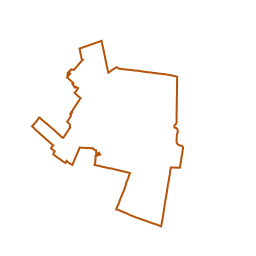 Valea Mare, Olt, Romania, rotated 129°
{"feature_id": "2599482B3118512765099", "entity_name": "Valea Mare", "entity_type": "district", "adm_level": 2, "iso_a3": "ROU", "parent_name": "Romania", "parent_adm1": "Olt", "projection": "robinson", "projection_center": [24.453, 44.454], "detail": "fine", "context": "isolated", "style": "outline", "palette": "amber", "viewbox_px": 256, "rotation_deg": 129, "n_neighbors": 0, "source": "geoboundaries", "source_scale": "gbopen_adm2", "svg_char_len": 5523}
<svg xmlns="http://www.w3.org/2000/svg" viewBox="0 0 256 256"><g transform="rotate(129 128 128)"><path d="M194.4,71.8L193.1,67.6L192.7,66.4L192.5,65.5L192.2,64.8L191.5,62.9L188.3,53.9L187.9,52.8L187.0,50.1L184.8,44.3L184.5,43.1L183.6,40.4L182.1,41.1L180.2,42.2L177.4,43.7L171.1,47.3L168.5,48.9L161.2,53.1L157.3,55.2L146.9,61.3L144.2,62.7L139.8,65.2L139.2,65.5L138.7,65.7L138.1,66.1L137.9,66.2L135.8,67.6L134.6,68.3L131.7,69.8L126.2,62.7L109.1,72.5L108.7,72.8L108.5,73.0L108.2,73.4L108.1,73.8L108.0,74.0L108.0,74.4L108.0,74.5L108.1,75.0L109.2,77.6L109.2,77.9L109.3,78.4L109.3,78.6L109.4,79.1L109.3,79.3L109.3,79.5L109.1,80.0L108.9,80.6L108.7,80.9L108.5,81.2L107.9,81.8L103.8,84.9L103.5,85.1L103.1,85.4L102.6,85.6L101.8,86.0L101.4,86.2L101.0,86.3L100.7,86.4L99.8,86.9L99.5,87.0L99.3,87.2L98.3,88.3L98.0,88.7L97.8,89.0L97.7,89.4L97.6,89.6L97.6,90.0L97.7,90.4L98.2,91.5L98.2,91.9L98.2,92.1L98.2,92.4L98.0,92.7L97.8,92.9L97.7,93.0L97.4,93.2L97.2,93.3L96.9,93.4L96.7,93.4L96.1,93.4L94.7,93.3L94.4,93.3L94.1,93.3L93.9,93.4L93.4,93.6L92.9,93.9L92.5,94.2L91.7,94.9L90.5,95.9L57.3,122.0L57.5,122.6L57.6,123.0L57.9,123.8L59.0,125.7L59.7,127.3L59.9,127.7L60.2,128.4L60.6,128.8L61.4,130.2L62.0,131.4L62.6,132.5L64.1,134.8L64.8,136.0L66.4,138.4L67.7,140.6L69.6,143.6L70.6,145.5L71.2,146.3L71.6,147.1L72.2,147.5L73.0,149.1L73.1,149.4L73.7,150.2L75.1,152.5L75.9,154.0L76.1,154.3L76.8,155.7L77.4,156.5L78.0,157.5L78.8,158.4L80.2,160.8L81.2,162.4L82.6,164.6L83.9,166.5L84.9,167.9L86.2,170.5L86.6,171.0L87.3,171.2L88.0,175.3L97.4,178.1L97.3,178.3L91.1,186.0L90.7,186.4L90.5,186.8L90.4,187.0L90.1,187.3L89.7,187.7L89.3,188.2L89.0,188.6L82.5,196.4L82.0,197.1L79.9,199.8L79.3,200.6L78.6,201.4L77.7,202.5L77.2,203.1L76.9,203.4L88.8,210.7L92.4,213.0L95.0,214.5L96.8,215.7L97.6,214.6L97.8,214.2L98.8,213.1L99.6,212.2L100.5,211.1L100.7,210.9L103.8,207.1L104.1,206.7L104.1,206.3L104.0,206.2L107.2,206.3L108.1,206.4L108.8,206.4L109.0,206.4L115.1,206.5L116.2,206.6L117.0,206.7L117.2,206.8L117.2,207.1L117.3,207.3L117.3,207.5L117.7,208.1L117.9,208.7L119.0,208.8L118.9,209.2L123.2,209.5L123.5,209.2L123.7,208.8L124.1,208.6L124.7,208.6L125.1,208.4L125.1,208.1L124.9,207.9L124.4,207.9L123.6,208.1L123.3,208.2L122.9,208.4L122.6,208.7L122.3,208.8L122.0,208.7L121.9,208.5L121.9,208.3L122.0,208.1L122.2,207.9L122.2,207.7L122.1,207.2L122.7,207.2L124.1,207.2L127.0,207.4L127.2,203.9L127.3,201.4L127.5,198.8L128.1,198.9L128.8,199.0L128.9,198.8L128.9,198.6L128.9,198.0L128.9,197.8L129.0,197.4L129.4,196.7L129.6,196.4L129.7,196.2L129.9,194.7L128.9,194.7L128.7,193.2L128.5,191.9L129.4,191.8L131.2,191.6L132.2,191.6L134.4,191.6L134.7,185.1L134.7,184.3L134.6,183.7L151.8,181.9L150.9,181.4L151.1,181.2L151.3,181.2L152.8,181.1L153.6,181.0L154.0,180.9L154.3,180.5L154.4,180.3L154.4,180.0L155.3,179.9L159.3,179.4L160.5,179.4L161.3,179.2L161.6,178.8L161.5,177.5L161.8,175.7L162.0,175.3L162.2,175.1L163.7,173.9L163.9,173.7L163.9,173.3L164.0,173.2L164.4,173.1L165.9,173.2L166.7,173.1L169.9,172.8L171.0,172.6L176.0,172.2L176.3,172.2L176.6,173.0L176.9,173.3L176.8,173.7L176.7,174.1L176.7,176.1L176.5,177.0L176.4,180.7L176.1,183.8L176.1,185.1L175.8,194.6L175.9,196.2L175.9,196.9L175.8,199.2L175.7,200.9L175.5,203.2L175.5,203.3L175.6,203.5L176.0,203.7L176.4,203.7L176.6,203.7L176.9,203.6L177.2,203.6L177.3,203.6L177.7,203.4L178.0,203.4L179.7,203.4L182.1,203.4L185.6,203.5L186.5,203.6L186.8,203.5L187.0,203.6L187.6,197.3L188.3,183.4L188.5,176.8L188.5,175.1L190.0,175.3L191.5,175.3L192.2,175.1L192.3,174.6L192.3,173.3L192.2,170.3L194.3,169.9L195.3,169.6L195.5,169.5L195.3,164.6L195.1,161.5L194.9,157.8L194.5,154.6L192.2,155.1L192.2,154.8L192.4,154.6L192.4,153.6L191.8,148.0L188.9,148.8L187.8,149.2L185.0,149.9L181.0,151.1L173.6,153.2L173.5,152.9L172.5,151.7L169.8,147.9L169.6,147.6L168.7,146.4L167.8,145.2L167.4,144.6L167.3,144.4L166.8,143.8L166.6,143.6L166.6,143.4L166.4,143.3L166.3,143.2L166.1,142.9L165.9,142.6L166.0,142.3L166.0,142.2L165.9,142.1L166.0,142.0L166.1,141.1L166.1,140.8L166.0,140.6L165.9,140.3L165.9,139.9L165.9,139.7L165.8,139.3L165.7,138.9L165.4,138.6L165.5,138.5L166.4,137.8L166.7,137.6L167.3,137.1L167.8,136.7L168.1,136.5L168.2,136.4L168.1,136.2L167.2,135.6L166.9,135.4L166.4,135.3L165.7,134.9L165.9,134.8L166.3,134.4L166.2,134.2L166.2,133.9L166.3,133.7L166.1,133.2L166.1,132.9L166.4,133.0L166.5,133.2L166.7,133.4L166.9,133.5L167.1,133.8L167.3,134.0L167.6,134.3L168.0,134.4L168.5,134.2L168.7,134.4L169.1,134.7L169.4,135.1L169.7,135.4L170.0,135.7L170.2,135.8L170.3,135.7L170.8,135.1L171.2,134.7L172.0,134.2L173.2,133.2L173.6,133.1L173.9,132.9L174.5,132.5L175.1,132.0L175.4,131.7L176.2,131.5L176.9,131.2L177.1,131.1L177.8,130.7L177.0,129.2L176.7,128.7L176.3,127.9L175.1,125.5L174.4,123.9L173.7,122.5L173.5,122.1L171.3,117.6L171.0,117.1L170.8,116.6L170.1,115.9L169.8,115.2L169.2,114.0L169.1,113.5L169.0,113.2L167.8,110.9L167.6,110.5L167.5,110.1L166.7,108.5L166.3,107.5L165.8,106.7L165.5,105.9L165.3,105.5L165.1,105.1L164.5,103.9L164.1,103.2L163.5,101.9L163.2,101.3L162.9,100.6L162.4,99.5L162.2,98.8L161.8,98.0L162.3,97.9L162.8,97.7L163.5,97.5L166.2,96.5L170.2,95.2L170.8,95.2L171.2,95.1L172.4,94.5L172.8,94.3L173.0,94.1L173.5,93.9L174.8,93.5L175.2,93.3L175.8,93.0L177.7,92.3L177.8,92.3L178.1,92.3L178.2,92.2L179.9,91.7L181.6,91.2L182.0,91.1L184.2,90.4L185.2,90.2L185.3,90.1L186.0,89.9L187.5,89.5L188.4,89.2L191.7,88.0L197.6,86.3L198.7,85.9L198.4,85.3L198.0,84.4L197.2,82.2L197.2,81.8L196.7,80.4L196.5,79.5L195.8,77.6L195.7,77.0L195.5,76.4L195.2,75.1L195.0,74.6L195.0,74.1L194.9,73.8L194.5,72.4L194.4,71.8Z" fill="none" stroke="#b45309" stroke-width="2"/></g></svg>